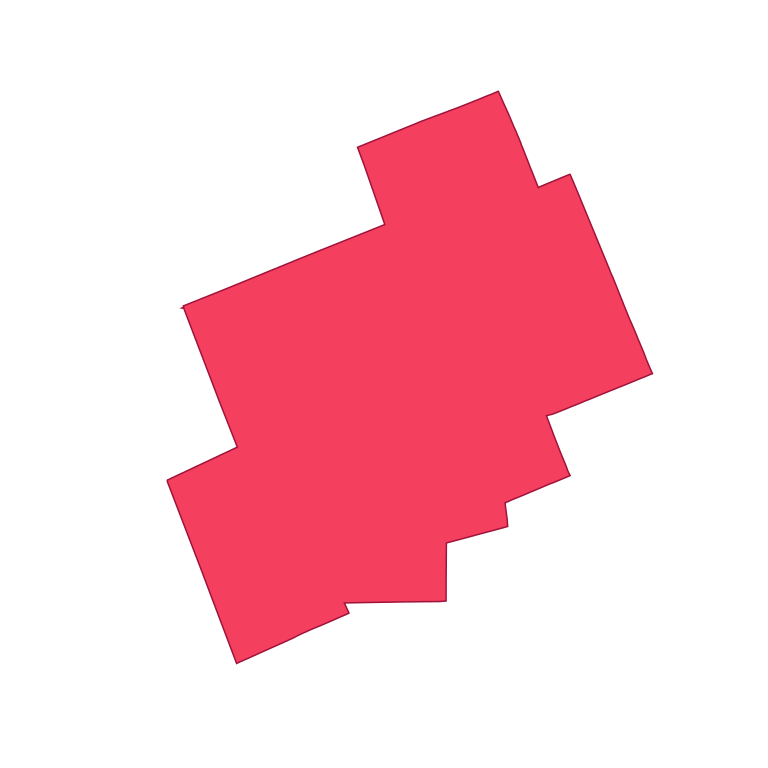 Macesu De Sus, Dolj, Romania, rotated 331°
{"feature_id": "2599482B16695169082861", "entity_name": "Macesu De Sus", "entity_type": "district", "adm_level": 2, "iso_a3": "ROU", "parent_name": "Romania", "parent_adm1": "Dolj", "projection": "equal_earth", "projection_center": [23.726, 43.926], "detail": "fine", "context": "isolated", "style": "filled", "palette": "rose", "viewbox_px": 768, "rotation_deg": 331, "n_neighbors": 0, "source": "geoboundaries", "source_scale": "gbopen_adm2", "svg_char_len": 2295}
<svg xmlns="http://www.w3.org/2000/svg" viewBox="0 0 768 768"><g transform="rotate(331 384 384)"><path d="M623.8,505.1L623.9,504.5L624.3,499.4L625.3,490.2L626.2,484.1L626.6,481.0L627.7,470.9L628.1,466.6L628.4,465.1L629.2,458.0L629.7,453.0L630.4,445.1L630.8,441.9L631.1,439.6L631.7,434.5L635.8,402.3L636.3,395.9L636.7,393.7L646.9,305.4L648.4,290.9L648.2,290.7L645.2,290.3L624.9,288.0L619.4,287.4L616.8,287.1L614.2,286.9L615.3,278.5L615.9,273.9L616.5,269.3L616.8,266.5L617.9,258.7L618.3,255.6L618.9,251.0L619.8,244.4L619.9,242.3L620.4,240.2L620.7,237.8L621.0,235.6L621.6,229.7L621.9,227.6L622.2,223.7L622.4,221.1L623.0,215.9L623.3,213.2L623.9,207.0L624.4,201.1L624.7,196.9L625.8,184.7L625.9,183.4L624.0,183.2L619.1,182.7L612.5,181.8L604.3,180.9L600.9,180.4L596.6,179.9L590.3,179.1L584.2,178.3L574.9,176.9L573.1,176.6L571.2,176.4L566.6,175.7L562.0,175.0L554.1,173.8L552.0,173.5L548.5,173.0L544.7,172.4L526.9,170.3L475.6,164.1L472.7,183.3L468.5,207.5L463.6,235.8L462.0,244.9L394.7,236.4L371.0,233.5L289.8,223.9L246.4,218.4L246.3,219.5L244.0,219.5L245.1,220.3L245.6,220.6L231.6,319.1L225.1,368.1L148.0,363.0L147.2,364.2L134.5,454.9L127.3,504.1L119.6,557.0L122.0,557.1L123.4,557.2L125.8,557.5L127.7,557.6L129.8,557.8L132.3,558.1L134.7,558.2L137.0,558.4L139.9,558.7L142.8,558.9L145.3,559.1L147.6,559.3L150.3,559.5L152.3,559.7L154.5,559.9L156.2,560.0L158.2,560.2L160.3,560.4L162.5,560.6L164.8,560.8L167.5,561.0L169.2,561.2L170.8,561.3L172.1,561.4L174.0,561.6L176.1,561.7L178.1,561.9L180.1,562.1L182.3,562.2L185.6,562.2L191.0,562.5L201.4,563.4L215.6,565.0L230.9,566.4L241.2,567.4L242.3,567.4L243.2,556.3L260.6,565.5L295.9,584.3L314.6,594.4L326.7,601.0L333.1,603.9L342.2,587.5L361.5,553.3L423.1,568.6L423.9,566.8L425.9,562.6L432.2,546.7L439.8,547.3L440.3,547.4L442.3,547.6L447.0,548.2L452.4,548.8L456.2,549.2L460.2,549.6L464.5,550.1L471.9,550.9L475.4,551.2L481.4,551.9L485.1,552.5L491.7,553.2L498.8,554.0L502.4,554.4L502.5,551.4L502.7,548.5L503.5,544.2L505.0,530.8L507.3,513.5L509.2,500.9L510.7,490.5L512.7,491.0L516.9,492.1L520.1,492.6L524.9,493.2L532.1,494.1L536.9,494.6L541.2,495.2L546.1,495.8L550.2,496.2L557.2,497.1L564.8,498.0L570.0,498.6L575.8,499.3L585.8,500.5L592.6,501.4L609.2,503.3L613.0,503.8L615.9,504.2L620.3,504.6L623.8,505.1Z" fill="#f43f5e" stroke="#9f1239" stroke-width="1.5"/></g></svg>